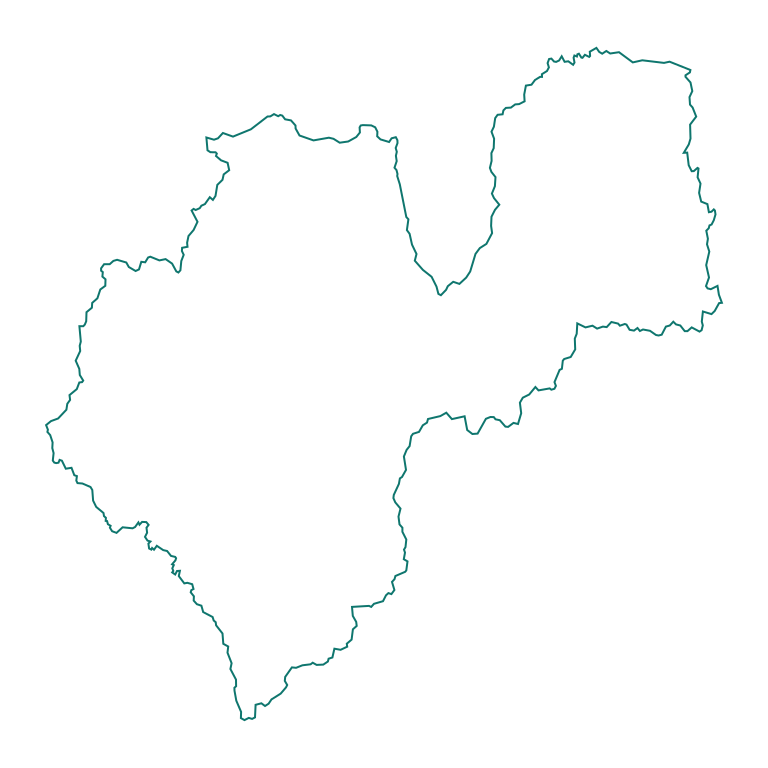 the district of Betong, Yala, Thailand
{"feature_id": "78962969B29440700427684", "entity_name": "Betong", "entity_type": "district", "adm_level": 2, "iso_a3": "THA", "parent_name": "Thailand", "parent_adm1": "Yala", "projection": "natural_earth1", "projection_center": [101.211, 5.836], "detail": "fine", "context": "isolated", "style": "outline", "palette": "teal", "viewbox_px": 768, "rotation_deg": 0, "n_neighbors": 0, "source": "geoboundaries", "source_scale": "gbopen_adm2", "svg_char_len": 6030}
<svg xmlns="http://www.w3.org/2000/svg" viewBox="0 0 768 768"><path d="M690.4,70.0L669.6,61.7L664.0,62.9L642.3,60.3L632.8,62.4L619.0,52.2L610.2,53.5L606.3,51.0L602.2,53.7L599.2,51.9L596.4,47.9L589.8,51.7L590.1,56.0L589.2,56.9L584.9,54.8L582.5,57.8L581.4,57.6L578.9,53.7L577.4,54.3L576.9,56.5L574.4,55.5L573.6,57.7L574.5,62.6L573.1,64.8L568.3,61.3L564.6,61.8L561.7,56.3L559.1,60.5L556.1,61.9L554.0,61.5L551.4,58.6L549.1,59.0L547.6,63.1L548.9,67.4L547.0,71.0L541.9,74.2L542.0,76.9L540.0,76.9L535.0,80.0L531.5,84.7L525.9,85.6L524.2,94.6L524.6,101.3L519.1,104.1L515.2,104.4L510.9,107.6L505.9,107.9L503.4,110.4L502.6,114.3L497.6,114.8L495.2,118.1L493.9,126.7L491.5,131.7L494.1,138.7L493.7,148.2L491.4,153.1L491.6,160.9L489.9,167.9L491.4,171.9L495.5,177.1L494.9,186.2L491.9,193.6L494.0,198.1L499.3,204.7L495.0,209.8L491.5,216.7L491.1,225.9L492.1,233.1L486.4,243.9L479.8,248.1L475.5,253.9L470.2,271.5L466.2,277.6L459.4,283.9L453.2,281.8L447.8,286.2L446.1,289.8L440.9,295.2L438.4,293.9L436.5,286.6L431.6,276.8L422.9,269.9L414.8,260.7L416.5,254.0L412.0,244.6L409.6,233.8L406.9,230.1L408.4,219.3L406.3,217.0L399.8,184.3L397.2,176.0L397.5,174.0L396.5,170.1L394.5,167.7L396.7,161.1L395.9,155.8L396.8,151.8L395.7,148.0L397.5,143.1L397.4,140.2L395.8,137.2L391.6,138.3L389.1,142.0L380.5,139.4L377.2,136.3L377.4,131.7L375.2,127.3L371.3,125.4L362.8,125.1L360.7,125.5L359.6,127.4L359.9,132.5L356.3,137.0L348.2,141.5L339.7,142.7L333.5,138.8L328.9,137.7L313.5,140.4L299.5,135.5L295.6,128.5L295.5,125.5L291.0,120.4L285.1,119.3L282.3,115.6L280.2,115.0L278.2,116.2L274.0,114.1L270.3,116.4L267.5,116.5L250.9,129.3L233.0,136.6L222.9,133.0L218.0,138.3L214.0,139.7L206.4,137.5L207.5,150.3L210.4,152.2L215.6,152.3L216.8,153.6L216.0,156.0L221.0,160.3L227.6,162.8L229.2,170.2L223.7,174.4L222.5,179.8L217.3,184.9L215.5,195.9L212.9,199.9L209.8,197.2L204.9,204.1L201.4,205.7L199.7,208.2L195.7,210.0L193.6,208.9L191.6,210.5L197.5,221.8L193.6,230.0L188.5,236.0L187.1,242.8L187.5,246.8L182.1,247.8L181.9,251.0L183.7,254.8L181.3,261.0L180.4,270.3L178.4,272.5L176.3,271.4L172.1,263.6L165.6,259.1L159.4,260.4L150.3,256.7L148.1,257.5L145.2,262.3L141.3,261.8L139.0,269.4L135.6,271.0L128.8,267.0L126.3,262.5L117.1,259.8L113.4,260.9L109.7,264.2L104.1,264.2L101.1,268.3L101.1,270.7L102.8,272.1L102.4,276.6L105.5,279.3L105.3,285.8L100.3,289.5L97.4,298.3L92.2,302.9L91.9,307.7L86.5,312.2L86.2,321.3L84.8,324.6L83.3,326.2L79.4,326.2L80.8,341.6L79.7,345.8L80.2,351.0L75.7,360.7L79.3,368.9L79.8,375.0L83.2,380.6L82.1,382.1L79.3,382.5L76.8,389.1L69.5,395.1L70.1,399.9L67.3,403.8L66.4,409.7L58.1,418.5L51.0,421.1L46.1,425.1L47.9,429.7L47.4,431.9L50.2,435.1L52.6,442.4L52.3,448.1L53.6,453.1L52.8,460.6L54.3,462.6L56.2,463.1L58.5,462.7L59.6,459.9L61.9,460.7L65.8,468.7L71.5,467.8L74.3,475.2L76.9,476.1L76.3,480.6L77.5,483.1L82.4,483.5L90.5,487.0L92.3,490.0L93.1,500.6L96.2,506.9L103.5,513.0L104.0,516.1L105.9,517.8L105.7,520.9L107.1,521.1L107.9,524.2L110.6,525.8L109.9,527.7L112.1,531.2L116.5,532.9L122.6,527.3L132.6,528.3L135.1,527.0L138.4,522.4L139.5,524.7L142.1,521.9L146.3,522.1L148.6,524.9L146.5,527.7L147.1,532.7L145.0,536.9L147.5,540.6L150.4,541.5L148.4,543.6L149.1,548.5L151.3,549.6L152.1,548.0L154.0,549.7L156.8,545.8L163.2,550.1L167.1,551.0L171.0,555.9L175.2,556.9L176.1,558.2L175.4,560.4L172.1,564.3L173.8,565.1L172.3,568.3L173.3,570.9L172.2,572.4L175.2,574.5L177.0,571.0L179.9,570.8L178.8,576.1L184.3,583.4L187.3,582.8L192.2,584.2L193.5,589.0L191.3,590.2L190.7,592.3L193.9,596.3L193.7,600.6L196.9,604.2L201.4,605.7L203.2,612.1L212.6,617.0L213.7,620.5L215.7,622.2L216.1,625.3L222.5,633.5L223.3,643.8L228.2,646.5L227.5,652.7L231.6,663.2L230.4,669.0L236.0,679.6L236.1,686.2L234.4,687.8L234.5,690.7L236.3,700.7L241.1,711.9L240.9,718.1L244.5,720.1L248.8,717.9L252.1,718.9L255.0,717.4L255.6,704.8L261.4,703.3L265.0,706.0L268.6,703.7L271.5,699.4L280.7,693.6L286.0,687.4L287.2,685.0L284.8,680.9L285.2,676.9L291.9,667.4L296.1,667.8L302.4,665.3L310.6,664.3L312.7,662.7L316.6,664.9L323.3,664.6L327.9,661.5L328.6,658.7L332.4,657.5L334.4,648.7L340.6,649.8L347.2,646.7L346.8,643.7L351.6,639.6L352.9,629.3L356.7,625.9L356.2,621.9L352.8,615.9L352.0,606.9L369.0,605.9L371.2,606.9L374.0,603.8L383.0,601.2L386.0,595.3L388.4,593.1L391.4,594.1L394.4,590.0L392.0,581.9L394.5,579.2L395.4,576.0L405.2,571.8L406.3,570.4L407.5,561.4L403.8,559.2L405.0,552.6L404.0,549.6L405.5,547.1L406.3,539.5L402.4,531.8L402.4,527.7L399.5,524.4L398.5,516.6L400.5,508.6L395.3,502.4L393.4,498.1L393.8,494.9L398.9,483.9L399.9,478.4L402.0,477.0L406.0,469.9L403.9,456.5L406.6,449.9L409.6,446.1L411.2,436.3L413.0,433.8L419.0,431.9L422.8,425.3L427.0,422.6L428.0,419.0L440.3,416.1L446.3,412.7L451.9,419.1L464.6,416.3L467.2,430.0L472.4,434.0L477.6,433.6L485.9,418.8L490.4,417.0L493.8,417.1L495.5,419.3L499.8,420.2L505.4,426.6L508.1,426.9L513.5,422.9L518.0,424.0L521.2,413.2L519.9,402.7L522.8,397.7L529.2,394.5L535.4,387.0L538.5,390.4L549.7,388.4L551.3,389.7L554.4,388.8L555.9,385.9L554.5,382.1L559.6,369.9L561.9,368.8L562.8,360.7L564.2,359.0L570.7,357.0L575.2,349.4L574.8,338.6L576.7,333.8L577.3,323.4L585.5,327.4L592.5,325.7L597.1,328.6L602.9,326.6L606.7,327.1L611.4,322.0L618.1,323.6L619.9,325.7L624.8,324.0L626.5,324.6L629.6,329.8L634.0,330.6L637.5,328.0L639.9,331.0L643.0,329.5L650.0,330.8L656.0,335.0L658.6,335.5L661.7,334.7L665.9,326.6L669.8,325.5L673.3,321.7L676.0,324.4L680.3,325.5L684.7,331.1L687.5,331.1L691.7,327.4L699.5,331.6L701.6,330.2L702.8,325.4L701.8,321.6L702.9,311.5L711.5,314.1L714.7,311.0L719.1,303.1L721.9,302.8L718.9,294.7L717.5,285.9L710.8,289.2L707.6,288.4L706.0,286.1L709.0,277.5L706.2,265.1L709.3,251.6L707.0,244.3L707.9,238.8L706.3,230.7L708.7,228.3L709.5,225.4L711.6,224.5L713.8,220.2L715.5,214.4L714.9,210.5L713.8,209.4L711.5,211.7L708.9,212.2L707.4,204.1L701.2,201.6L699.1,192.9L700.5,183.6L697.6,177.3L698.5,168.5L697.5,167.9L693.8,171.1L691.7,171.2L688.7,165.2L687.2,152.6L683.8,152.8L688.8,144.4L690.5,138.6L690.1,124.6L696.2,116.6L692.6,107.5L690.0,104.6L689.5,97.1L692.3,91.1L690.5,82.5L685.5,76.8L685.5,75.3L689.9,72.4L690.4,70.0Z" fill="none" stroke="#0f766e" stroke-width="2"/></svg>